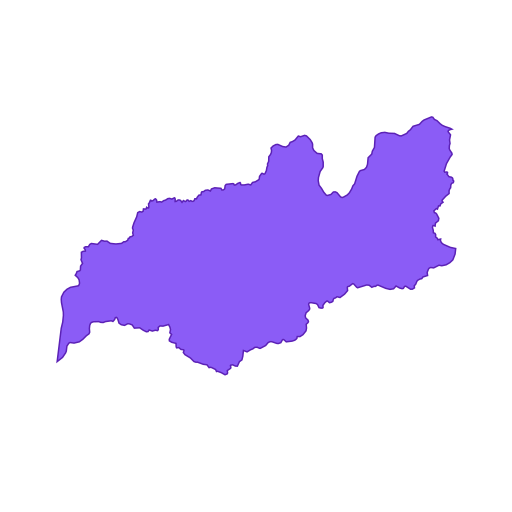 outline of Marquetalia, Caldas, Colombia, rotated 352°
{"feature_id": "7082276B4972068249253", "entity_name": "Marquetalia", "entity_type": "district", "adm_level": 2, "iso_a3": "COL", "parent_name": "Colombia", "parent_adm1": "Caldas", "projection": "robinson", "projection_center": [-75.04, 5.308], "detail": "fine", "context": "isolated", "style": "filled", "palette": "violet", "viewbox_px": 512, "rotation_deg": 352, "n_neighbors": 0, "source": "geoboundaries", "source_scale": "gbopen_adm2", "svg_char_len": 6115}
<svg xmlns="http://www.w3.org/2000/svg" viewBox="0 0 512 512"><g transform="rotate(352 256 256)"><path d="M222.2,362.5L224.9,358.3L227.6,356.9L229.0,353.4L230.4,347.8L233.8,349.7L237.6,348.1L240.0,347.5L242.1,346.3L244.4,346.5L246.7,347.9L247.5,348.0L253.1,346.0L256.0,343.4L258.0,342.8L259.8,343.1L264.3,345.4L265.8,345.8L268.5,345.3L270.4,342.8L271.2,342.4L272.2,343.0L274.0,345.2L279.9,345.3L282.7,344.8L284.1,344.0L285.0,343.3L285.6,341.5L288.4,341.9L291.6,340.4L295.1,337.1L296.0,334.4L296.2,330.6L298.1,329.3L298.8,328.4L298.6,326.8L296.5,324.1L296.4,322.0L297.7,319.2L300.5,317.4L301.6,316.3L301.9,315.2L301.4,311.3L301.7,310.4L302.4,309.8L304.2,309.9L309.0,311.5L310.2,312.7L311.2,315.9L313.2,316.7L314.7,316.8L315.2,316.4L315.4,314.2L317.7,311.8L319.8,310.5L320.6,310.6L322.3,312.5L324.1,312.3L325.7,311.7L326.6,309.6L327.4,308.8L328.8,308.6L330.6,307.6L333.4,308.8L338.4,306.1L341.9,303.0L342.0,300.0L342.4,299.1L344.2,298.9L347.9,296.8L348.9,297.3L351.3,300.9L352.2,301.6L361.6,300.1L364.0,300.7L366.3,303.1L368.6,302.5L370.2,302.7L371.7,301.8L372.8,301.8L380.0,306.1L384.1,307.7L387.7,307.6L390.5,305.2L393.8,307.7L396.1,308.7L397.4,308.6L398.9,306.8L400.1,306.7L404.4,310.4L406.3,310.6L408.5,309.6L408.6,307.5L410.2,306.2L411.8,303.4L412.9,302.5L414.9,301.7L417.0,301.5L418.4,300.0L423.2,299.2L423.2,296.1L425.0,292.9L425.9,292.1L427.4,291.7L430.3,292.5L435.9,290.6L438.6,291.5L443.0,291.2L447.0,289.6L450.4,287.2L453.4,281.8L454.8,276.4L449.6,274.5L443.3,270.6L441.9,269.2L441.2,267.9L440.8,266.4L441.2,264.9L438.4,265.2L438.0,263.7L436.5,262.1L436.9,259.9L436.4,258.5L434.9,257.7L435.1,255.1L434.7,252.2L435.5,250.5L436.4,250.6L437.5,251.3L438.3,248.4L441.5,246.5L442.3,244.1L440.7,239.5L439.9,238.4L438.7,237.9L438.4,236.1L441.2,234.1L442.2,234.8L443.7,231.8L445.2,232.0L446.2,230.1L448.7,228.8L447.9,227.4L448.1,226.6L452.2,223.2L455.9,221.0L456.3,218.1L457.5,216.1L458.2,215.6L458.9,212.5L460.0,211.2L461.5,210.9L462.0,210.0L462.2,209.2L461.5,208.3L461.7,207.3L461.4,206.0L460.4,205.1L458.1,204.3L456.5,201.4L457.3,200.4L457.2,199.7L456.3,199.3L454.6,199.3L454.1,198.2L457.5,191.0L462.0,185.1L464.3,182.8L464.3,181.4L462.6,177.9L462.3,176.5L462.9,173.5L463.8,171.6L463.8,168.0L465.5,163.1L463.5,159.6L464.0,158.5L465.7,157.9L467.6,157.7L466.0,156.5L461.3,154.2L458.6,152.5L456.7,150.6L454.1,147.2L451.7,145.6L450.4,143.2L449.1,142.7L441.3,144.7L439.3,145.8L436.1,148.4L429.6,149.4L426.3,152.6L424.3,153.7L422.3,155.6L416.6,157.3L414.8,156.9L410.2,153.9L404.6,152.9L400.8,151.5L397.1,151.4L394.3,152.2L391.7,153.5L390.5,154.9L388.4,165.0L385.8,168.4L384.8,171.2L380.7,174.3L379.2,180.7L377.7,183.6L375.4,185.4L371.2,186.0L370.2,186.6L367.1,191.1L363.7,198.3L361.7,200.0L360.1,202.9L357.2,206.5L354.8,208.3L351.0,209.8L349.5,210.1L348.0,209.3L345.0,204.5L343.4,203.5L341.5,203.4L338.8,205.5L335.1,206.0L334.1,205.6L332.0,202.3L330.3,198.2L328.3,194.6L328.1,190.1L328.8,186.9L331.3,181.2L334.5,177.8L335.0,176.7L335.6,172.4L335.2,168.8L335.7,165.3L334.8,163.9L330.8,162.9L328.0,159.6L327.1,156.8L327.6,153.1L327.3,151.5L325.9,148.3L322.7,144.1L320.9,143.3L316.8,144.1L314.6,143.1L310.6,146.7L307.9,147.8L305.7,148.2L303.8,150.9L300.9,152.3L297.6,151.3L293.1,148.5L291.2,148.4L288.3,149.4L285.9,151.2L286.1,153.6L285.6,155.7L284.5,157.5L282.5,159.5L281.7,164.1L280.2,166.4L280.1,168.3L279.2,169.6L278.1,173.0L276.3,175.8L275.3,176.1L273.7,175.0L273.1,175.0L270.6,177.6L269.9,180.2L269.4,180.8L265.8,182.4L262.8,182.7L260.7,184.9L258.3,183.8L254.4,184.0L251.4,183.6L250.8,183.1L250.8,181.6L250.4,181.0L247.9,181.6L245.9,182.7L244.8,182.8L244.3,182.6L244.0,181.5L243.3,181.1L236.5,180.9L235.3,181.9L234.3,185.2L232.9,186.0L231.4,185.9L230.7,184.1L224.6,182.7L221.2,183.4L219.9,185.3L217.5,183.9L214.9,183.9L213.2,184.9L211.3,184.9L210.7,185.6L210.0,187.8L207.9,187.8L205.8,189.8L205.1,191.1L203.4,190.8L202.5,192.5L201.3,193.1L200.3,193.0L199.1,192.1L197.4,192.6L196.3,191.0L195.2,191.1L194.3,192.1L193.6,192.3L191.8,191.0L190.2,192.6L189.0,190.4L187.5,189.7L186.3,189.8L184.7,190.8L183.5,190.8L183.9,188.4L183.7,187.3L183.3,187.0L180.6,187.9L178.5,186.9L176.7,186.9L174.1,188.1L172.4,188.3L170.0,189.5L168.4,188.8L165.4,188.9L165.3,186.7L164.5,185.4L163.7,185.5L161.6,186.9L160.2,187.0L159.6,186.1L159.2,186.1L157.7,188.6L156.8,189.4L156.7,192.5L156.4,193.4L155.6,193.5L154.5,192.5L153.9,193.8L153.4,194.2L151.1,193.7L150.5,195.9L149.0,196.6L146.9,195.8L144.9,196.6L143.3,200.6L139.9,206.0L137.8,210.3L137.6,211.4L138.1,213.3L137.1,216.0L137.4,218.4L135.7,219.4L133.9,219.5L133.1,220.6L132.0,220.8L131.1,222.6L128.6,223.7L127.0,223.5L124.6,224.8L118.9,224.6L113.4,223.2L110.5,220.5L108.1,220.3L105.2,219.0L100.7,222.4L94.7,220.7L93.0,221.4L91.3,223.5L88.6,223.1L87.1,223.6L86.8,224.2L87.8,226.1L87.7,227.4L85.4,227.3L83.6,228.0L82.9,233.6L82.2,235.3L83.2,239.2L80.9,241.6L80.1,245.5L79.4,246.1L76.6,246.5L75.6,248.4L74.3,249.9L76.5,252.6L77.5,254.9L77.5,258.3L76.9,259.8L75.8,260.8L67.9,261.2L64.2,262.6L60.7,265.1L57.7,269.4L57.1,271.9L56.9,275.1L57.4,284.6L57.0,288.1L55.4,294.6L53.1,300.4L44.4,332.9L50.3,329.5L54.0,325.4L54.9,323.8L56.2,318.9L58.5,316.3L59.8,315.8L63.7,316.9L69.1,316.4L72.9,314.4L77.0,311.3L79.8,309.8L80.7,308.3L80.9,304.7L81.7,301.5L82.7,299.8L83.8,298.9L85.9,298.5L91.2,299.1L93.0,300.1L95.4,300.6L97.8,300.0L103.6,300.0L105.2,300.9L107.1,299.3L108.1,297.5L109.1,297.3L109.7,297.7L110.4,299.6L111.0,303.4L113.0,305.3L116.2,306.4L119.6,305.2L121.2,305.6L123.8,307.0L125.5,310.5L130.8,310.9L134.0,313.8L136.9,315.8L138.6,315.8L139.9,314.4L142.9,315.9L146.0,315.5L148.2,316.2L149.0,315.3L149.2,313.1L151.2,311.9L154.2,312.5L159.9,311.7L160.9,314.7L161.1,317.0L160.0,320.1L161.5,321.9L158.5,326.4L158.4,328.0L160.5,329.7L164.6,331.4L164.3,334.9L164.6,335.9L166.9,336.0L168.7,338.1L171.3,338.8L171.5,339.7L170.6,341.4L171.9,343.8L176.8,347.8L179.9,351.9L181.7,352.8L183.3,353.0L188.7,355.9L192.3,356.9L194.0,360.0L195.6,359.9L196.7,360.4L200.2,362.8L200.8,364.9L201.9,364.8L205.4,366.7L208.8,369.3L211.1,368.7L211.6,367.8L211.6,365.5L215.2,363.7L215.6,362.8L215.4,361.0L215.7,360.6L217.8,360.5L220.2,362.1L222.2,362.5Z" fill="#8b5cf6" stroke="#5b21b6" stroke-width="1.5"/></g></svg>